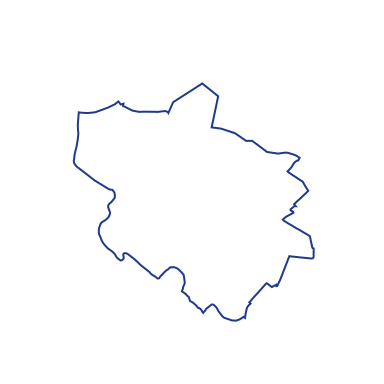 the district of Al Khanka, Al Qalyubiyah, Egypt, rotated 300°
{"feature_id": "37247803B26389200974070", "entity_name": "Al Khanka", "entity_type": "district", "adm_level": 2, "iso_a3": "EGY", "parent_name": "Egypt", "parent_adm1": "Al Qalyubiyah", "projection": "albers", "projection_center": [31.361, 30.23], "detail": "fine", "context": "isolated", "style": "outline", "palette": "blue", "viewbox_px": 384, "rotation_deg": 300, "n_neighbors": 0, "source": "geoboundaries", "source_scale": "gbopen_adm2", "svg_char_len": 5848}
<svg xmlns="http://www.w3.org/2000/svg" viewBox="0 0 384 384"><g transform="rotate(300 192 192)"><path d="M223.7,77.5L222.6,76.6L220.6,74.9L218.7,73.4L216.7,71.7L214.8,70.1L213.3,68.9L211.8,67.2L209.5,64.0L208.5,62.5L208.1,62.0L206.8,59.4L205.3,56.5L204.4,54.1L193.3,59.4L189.2,61.9L185.6,64.5L180.0,66.9L174.0,69.2L171.8,69.8L169.3,70.5L166.3,71.4L162.3,73.1L159.8,74.1L158.6,74.9L157.8,76.0L156.4,79.2L155.1,89.3L154.8,91.5L154.5,93.5L153.3,102.3L152.9,117.8L152.9,119.2L154.1,122.1L152.8,125.0L150.3,127.1L148.2,128.0L144.9,127.5L142.5,127.1L140.9,126.4L138.6,126.1L136.9,127.0L133.4,131.2L131.8,131.9L129.2,132.3L127.4,132.0L125.5,131.5L123.2,130.4L121.1,129.3L119.3,128.7L118.5,128.8L116.6,129.1L114.8,129.4L111.9,130.6L110.3,131.6L109.1,132.5L107.7,134.5L105.2,137.6L103.5,140.3L102.4,143.0L101.5,145.8L101.0,147.8L100.9,149.8L100.7,151.5L100.4,153.4L99.5,156.6L98.5,158.1L97.7,159.5L97.3,161.4L97.1,162.9L97.0,164.5L98.3,165.7L99.5,165.9L100.2,166.1L101.0,165.7L101.7,165.2L102.7,164.2L103.9,163.6L105.1,163.9L106.1,165.8L106.1,167.3L106.1,168.1L105.1,175.6L102.9,184.9L101.4,195.3L100.9,196.4L100.6,197.6L100.3,199.2L100.4,201.8L99.9,205.6L100.5,206.3L100.9,206.7L103.1,206.8L105.1,207.3L108.0,208.0L111.1,208.9L113.2,210.0L115.1,210.5L116.2,211.1L116.5,211.9L117.9,214.1L118.1,215.1L118.3,215.8L118.4,218.1L117.9,220.5L117.1,223.4L116.1,226.2L113.6,228.2L111.5,229.9L109.1,231.4L105.0,231.9L103.6,232.5L101.8,232.7L101.0,232.8L100.7,235.5L100.5,237.9L100.0,238.7L99.4,241.7L97.5,243.8L96.6,244.9L96.7,247.9L96.0,251.6L94.6,255.5L95.1,256.3L94.8,258.5L93.2,261.3L92.9,262.1L94.3,262.3L96.0,262.7L97.6,262.6L103.2,264.8L104.5,265.4L105.2,266.9L104.5,270.1L103.4,272.3L101.9,274.7L101.0,277.0L100.1,279.0L99.3,281.2L99.2,282.9L99.5,284.3L99.9,286.5L100.3,288.3L100.7,290.7L101.5,292.2L102.6,294.4L102.9,294.8L103.8,295.5L105.5,297.0L107.4,298.0L109.7,299.1L109.5,300.3L109.5,300.9L110.6,300.4L113.1,299.4L114.6,298.9L117.4,298.0L118.6,297.7L119.6,297.5L120.8,297.6L122.3,297.7L123.2,298.2L124.7,298.5L125.1,296.8L127.3,297.3L130.0,297.8L132.0,298.2L133.9,298.6L135.7,299.0L137.0,299.3L137.8,299.5L139.3,299.8L141.2,300.2L143.1,300.6L145.6,301.1L146.5,301.3L147.2,301.4L147.7,301.5L148.2,301.6L148.6,301.7L149.2,301.9L149.7,302.0L150.3,302.2L150.3,303.1L150.2,303.6L150.2,304.2L150.1,304.8L150.0,305.7L149.9,306.3L149.8,307.0L149.7,307.8L149.6,308.7L150.5,309.3L151.1,309.5L151.5,309.8L152.1,310.3L152.8,310.7L153.3,311.0L153.7,311.2L153.0,311.8L152.7,312.2L153.0,312.5L153.4,312.8L153.9,312.8L155.6,312.6L157.1,312.4L158.2,312.3L158.7,312.4L159.4,312.4L160.1,312.2L161.0,312.1L161.5,312.0L162.0,312.0L162.6,311.9L163.0,311.8L163.4,311.7L163.8,311.7L164.4,311.6L165.0,311.5L165.7,311.4L166.3,311.3L167.4,311.1L168.6,310.9L169.8,310.7L170.2,310.7L170.9,310.6L171.5,310.5L172.0,310.4L172.6,310.3L173.2,310.2L173.9,310.1L174.5,310.0L175.1,309.9L175.7,309.8L176.3,309.7L177.3,309.6L178.4,309.4L179.1,309.3L180.0,309.2L180.4,309.1L183.0,308.7L184.0,308.6L185.1,308.4L185.5,309.4L185.7,310.0L186.0,310.5L186.2,311.0L186.5,311.7L186.8,312.3L187.5,313.9L188.3,315.7L188.6,316.4L188.9,317.2L189.2,317.8L189.3,318.2L189.6,318.8L190.0,319.5L190.2,320.0L190.5,320.6L190.7,321.2L191.3,322.5L191.5,322.9L191.8,323.4L192.0,323.9L192.2,324.5L192.5,325.1L192.7,325.5L193.0,326.2L193.3,326.9L193.5,327.4L193.8,327.9L194.0,328.5L194.5,329.2L195.1,329.7L195.7,329.9L196.2,329.8L196.8,329.7L197.4,329.4L198.0,329.0L198.5,328.7L198.9,328.4L199.6,328.0L200.1,327.8L200.8,327.4L201.5,327.0L202.2,326.6L202.9,326.2L203.7,325.8L204.0,325.5L203.9,325.0L203.8,324.4L204.1,323.9L204.6,323.4L205.2,322.9L205.6,322.6L206.0,322.2L208.8,319.6L211.5,317.3L212.2,316.7L212.6,316.1L212.8,313.2L212.8,308.9L212.8,306.8L212.9,304.7L212.9,303.4L212.8,301.2L212.8,298.9L212.9,295.4L212.9,294.5L212.9,293.9L212.9,292.6L212.9,291.8L212.9,290.4L213.0,288.6L213.1,285.6L213.5,284.5L214.0,284.6L214.4,284.7L214.9,284.9L215.3,285.0L215.9,285.2L216.3,285.4L216.7,285.5L217.1,285.7L217.5,285.9L218.0,286.1L218.4,286.4L219.0,286.7L219.4,287.0L219.9,287.2L220.5,287.7L221.0,288.0L221.5,288.3L222.1,288.6L222.6,288.9L223.1,289.3L223.6,289.5L224.1,289.9L224.7,290.2L225.3,289.7L225.4,289.2L225.5,288.3L225.4,287.7L225.4,286.9L225.7,286.2L226.3,286.1L226.7,286.2L228.1,286.7L229.1,287.1L230.1,287.4L230.7,287.7L231.1,288.0L231.4,288.5L231.6,288.9L232.1,287.5L232.5,286.5L237.2,287.9L239.7,288.8L242.2,289.5L242.7,289.6L244.5,290.2L245.9,290.6L247.8,291.2L248.3,291.3L249.7,291.7L251.2,292.1L252.5,289.4L254.3,286.1L255.0,284.9L255.9,283.5L256.2,282.8L256.3,282.0L256.4,280.8L256.4,280.3L256.4,279.7L256.4,279.2L256.5,278.6L256.5,277.9L256.5,277.2L256.6,276.7L256.6,276.3L256.7,275.8L256.7,275.1L256.8,274.5L256.8,274.0L256.8,273.5L256.9,272.7L256.9,271.8L256.9,271.2L257.0,270.5L257.0,269.7L257.1,269.2L257.1,268.6L257.2,268.0L257.2,267.4L257.2,267.0L257.3,266.3L257.3,265.8L257.4,265.2L257.6,264.4L258.1,264.5L258.7,264.7L259.3,264.8L259.7,265.0L260.2,265.1L260.6,265.2L261.8,265.5L262.3,265.6L262.8,265.7L263.2,265.8L263.7,265.8L264.3,265.8L264.9,265.8L265.4,265.8L266.2,265.7L267.0,265.8L267.6,265.8L268.1,265.9L268.6,266.1L269.2,266.2L269.9,266.4L270.4,266.6L271.0,266.9L271.7,267.3L271.9,267.8L272.2,268.1L272.8,268.2L273.4,268.3L273.9,268.2L274.3,268.2L274.8,268.1L275.4,268.1L275.5,267.2L275.5,266.3L275.6,265.6L275.6,265.0L275.6,264.0L275.6,263.2L275.4,262.1L275.2,261.2L275.1,260.7L274.9,259.7L274.7,258.9L274.5,258.2L274.4,257.6L274.2,257.0L274.2,256.5L274.0,256.0L273.9,255.3L273.7,254.9L273.3,254.3L272.9,253.7L272.8,253.1L268.3,247.4L264.2,237.0L266.4,218.5L263.3,213.3L264.4,199.9L261.4,185.4L257.8,176.7L288.0,166.8L291.1,146.6L260.4,130.8L248.6,132.0L249.2,130.9L248.6,128.1L244.4,122.5L238.2,111.4L234.8,105.8L232.7,99.6L232.1,89.2L234.2,88.5L232.1,86.4L232.9,84.7L233.6,83.0L232.8,82.6L229.1,81.2L225.9,78.9L223.7,77.5Z" fill="none" stroke="#1e3a8a" stroke-width="2"/></g></svg>